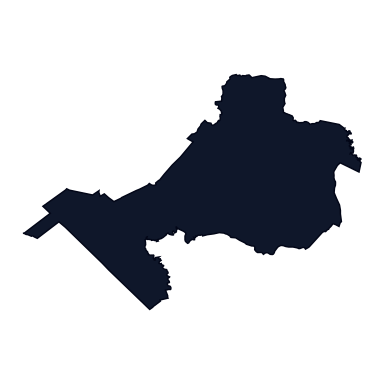 Calinesti-Oas, Satu Mare, Romania (Natural Earth projection)
{"feature_id": "2599482B93378437092703", "entity_name": "Calinesti-Oas", "entity_type": "district", "adm_level": 2, "iso_a3": "ROU", "parent_name": "Romania", "parent_adm1": "Satu Mare", "projection": "natural_earth1", "projection_center": [23.281, 47.91], "detail": "fine", "context": "isolated", "style": "filled", "palette": "ink", "viewbox_px": 384, "rotation_deg": 0, "n_neighbors": 0, "source": "geoboundaries", "source_scale": "gbopen_adm2", "svg_char_len": 6050}
<svg xmlns="http://www.w3.org/2000/svg" viewBox="0 0 384 384"><path d="M344.9,128.2L344.1,128.2L339.2,124.5L320.2,120.7L319.8,121.4L318.5,122.7L317.2,122.5L316.5,122.6L314.8,123.7L312.2,123.7L309.7,124.4L309.5,123.7L307.7,122.2L306.7,122.0L306.2,121.7L304.6,121.7L303.3,122.5L302.6,122.6L298.7,122.7L298.1,122.6L298.0,122.3L296.7,122.4L296.5,121.5L295.2,120.3L293.6,120.7L293.3,120.5L293.0,120.1L293.2,117.8L292.2,116.0L288.7,114.5L287.7,114.3L287.2,113.9L285.7,113.5L284.7,112.8L283.5,112.5L283.3,110.4L282.7,107.4L284.8,103.9L285.0,103.3L284.6,102.8L284.3,100.4L284.4,98.3L284.2,98.1L284.7,97.5L285.7,95.3L284.6,92.0L284.0,91.2L283.9,90.5L285.5,88.6L285.8,87.4L285.3,86.1L285.1,84.5L283.6,81.6L283.6,79.6L283.3,79.0L280.8,78.6L279.4,78.9L275.1,79.1L270.5,78.8L269.2,78.6L269.4,78.4L265.1,76.2L261.2,75.7L251.9,77.7L249.3,75.1L248.8,75.0L246.3,75.4L245.8,75.9L242.5,75.6L241.2,76.4L240.5,76.1L239.8,75.1L237.7,75.6L236.4,75.0L236.2,74.6L232.3,75.5L230.1,76.9L229.8,77.6L230.2,78.9L226.9,81.8L226.6,83.3L225.6,84.8L224.6,85.8L222.3,86.2L222.1,86.6L222.3,88.3L223.1,90.7L223.1,93.8L222.7,95.1L221.5,96.5L221.9,98.0L221.5,101.2L215.5,101.8L215.2,103.2L215.7,103.7L215.5,104.5L216.5,105.0L217.5,104.8L218.5,105.6L218.8,106.9L218.0,108.3L219.6,109.1L220.6,110.3L221.1,110.5L221.4,112.2L222.0,112.9L221.6,113.7L221.7,114.6L220.2,114.6L220.0,116.6L220.3,117.7L220.2,119.5L219.6,120.6L219.0,121.1L218.8,121.1L218.8,120.5L218.5,120.5L217.6,121.9L217.5,122.5L215.2,123.9L215.1,124.4L214.7,124.4L213.1,125.4L212.3,125.2L211.6,124.7L210.9,123.2L207.3,122.7L204.9,120.4L202.2,123.0L201.1,124.2L200.5,126.0L198.1,128.9L197.1,132.0L194.4,133.8L191.9,134.1L187.4,138.6L193.1,141.9L180.4,157.1L172.2,165.1L164.3,174.2L159.4,180.3L158.7,180.4L155.7,183.0L156.0,184.6L155.5,185.0L153.8,185.4L151.7,185.1L149.3,183.5L147.7,185.2L139.4,189.3L136.4,190.5L121.6,197.6L121.1,198.2L113.9,201.6L108.6,197.7L104.3,193.9L100.2,196.3L98.9,192.6L98.8,191.9L99.0,190.7L92.6,195.0L69.5,190.2L66.7,188.8L65.6,190.0L42.9,206.3L50.3,213.3L24.6,232.9L23.0,233.3L24.2,233.4L26.0,234.4L28.0,234.7L31.4,236.2L32.8,235.8L34.1,236.8L37.3,238.3L58.9,221.8L65.4,227.3L102.2,263.1L108.9,270.1L149.7,309.4L152.5,307.4L152.3,307.2L160.4,301.1L160.0,300.0L168.0,298.1L167.7,297.6L167.6,295.5L165.5,290.2L168.7,289.4L170.4,289.5L170.8,289.1L170.9,287.8L170.4,286.6L169.8,286.1L168.2,285.9L167.4,284.6L167.5,282.9L169.1,282.7L169.4,282.3L169.2,281.4L167.6,279.2L168.1,278.1L169.4,277.3L169.6,276.9L167.3,275.8L166.8,275.0L167.1,273.9L168.1,273.0L167.9,272.1L167.1,270.9L166.6,269.6L164.7,269.3L163.7,268.8L162.3,267.5L162.2,267.3L163.6,265.9L163.6,265.5L161.6,264.7L161.3,263.5L160.2,263.7L159.1,263.4L159.1,262.3L159.4,261.6L161.1,260.3L160.4,259.6L160.3,258.9L159.4,259.0L158.5,258.1L158.4,257.6L159.1,257.0L155.4,257.6L154.8,258.3L155.4,259.5L155.4,260.0L155.2,260.2L154.4,260.2L153.3,258.6L153.3,257.9L153.8,256.0L153.8,255.4L153.5,255.1L150.1,255.2L148.4,254.5L148.5,254.0L147.5,252.5L147.7,252.1L145.8,250.0L145.8,249.1L145.1,248.3L144.9,247.6L145.0,245.8L145.6,244.9L145.5,242.2L145.0,240.0L145.9,239.5L146.4,237.3L146.7,236.9L147.2,236.8L146.9,237.7L147.4,239.4L149.7,239.3L149.9,239.6L151.5,239.7L151.6,240.3L153.9,240.0L154.2,240.4L154.6,240.5L155.9,240.1L156.4,241.5L158.3,241.0L157.6,239.6L161.1,238.6L163.1,237.4L166.3,234.8L166.3,233.9L167.3,233.6L168.0,233.0L168.7,233.8L169.5,234.3L172.2,235.0L173.4,234.9L173.5,234.2L173.3,233.9L172.4,233.1L172.6,231.5L173.0,231.1L173.6,231.0L174.6,232.9L176.1,232.1L176.1,231.7L176.4,231.3L176.4,230.2L177.0,229.4L176.2,228.1L176.2,227.0L176.5,227.0L178.5,228.9L183.7,231.3L185.4,232.6L186.0,234.1L185.3,235.1L185.0,236.2L185.0,239.8L185.4,241.2L185.8,241.7L187.6,243.3L188.6,242.9L190.0,240.8L190.9,240.3L191.7,239.3L193.4,239.7L194.5,239.7L194.6,239.0L193.8,237.4L195.0,237.7L195.4,237.5L195.6,237.3L195.8,236.1L196.8,236.3L198.1,235.2L200.5,235.2L201.9,234.6L202.6,235.9L207.2,234.7L213.8,233.8L219.3,232.6L224.1,233.1L225.4,233.8L227.1,234.2L229.9,235.9L230.4,236.8L231.0,237.4L235.7,237.8L239.7,240.3L244.8,242.8L246.4,244.2L252.0,246.0L253.2,245.9L254.0,246.1L254.9,247.4L254.7,249.5L254.9,250.0L256.4,251.8L257.7,252.5L261.4,252.4L262.3,252.9L263.4,254.3L265.7,252.7L267.9,252.8L270.2,254.3L272.3,254.5L273.3,254.1L274.2,252.8L274.8,251.0L277.6,247.3L278.7,246.4L280.9,245.4L283.2,245.6L285.8,246.5L288.8,247.0L293.1,247.0L297.4,247.9L298.9,248.6L299.9,248.5L302.8,247.4L303.5,247.4L304.6,247.7L305.5,249.1L308.8,247.2L309.8,246.2L322.6,232.1L324.8,231.3L325.4,231.6L325.7,231.5L327.6,229.5L328.6,229.3L329.0,228.3L331.0,226.3L333.0,223.7L335.6,224.6L339.0,226.4L340.1,222.9L341.4,221.6L340.4,213.9L340.4,210.3L339.5,205.0L336.4,198.3L334.1,192.7L334.5,187.8L335.4,185.3L335.5,182.8L335.4,181.6L334.6,180.4L333.9,177.9L334.0,175.2L333.7,172.6L334.0,171.2L337.4,165.4L340.2,162.8L359.0,172.0L361.0,162.5L359.5,161.0L360.0,160.5L360.2,159.9L360.9,159.2L360.8,158.7L359.6,158.1L359.2,158.5L359.5,159.0L358.7,160.0L357.7,160.0L357.4,159.5L357.9,159.0L357.6,158.4L357.9,158.1L357.6,157.6L356.8,157.8L356.0,157.2L355.8,156.4L356.6,156.1L356.6,155.9L356.0,155.0L355.1,155.3L354.0,154.9L353.4,155.4L352.8,155.4L352.0,154.2L350.7,153.3L350.3,153.5L350.6,152.7L353.0,153.0L353.5,151.2L353.3,149.7L353.7,148.5L353.4,147.1L353.2,147.0L352.8,147.7L351.9,148.2L352.8,148.8L352.5,149.4L350.3,148.7L350.4,147.6L351.3,147.4L351.4,147.2L350.8,146.6L349.5,146.5L349.4,145.6L350.3,144.9L351.0,144.8L351.1,144.5L350.1,143.5L349.4,143.4L349.3,143.1L349.8,142.6L350.7,142.3L350.8,142.4L350.8,142.8L351.1,143.0L352.4,142.8L352.8,142.0L352.5,141.7L351.5,141.9L351.3,141.5L351.3,140.9L352.0,140.6L352.0,140.0L351.0,140.4L350.4,141.0L349.4,141.3L348.4,141.3L347.8,140.6L346.7,140.8L346.7,140.3L349.0,140.1L349.7,139.7L348.4,138.4L348.2,137.8L347.1,137.4L346.8,136.3L347.9,135.4L347.6,134.9L347.7,134.7L348.8,134.3L349.2,133.7L349.8,133.6L351.1,134.0L351.4,134.3L351.3,134.0L350.9,132.9L350.5,132.9L349.7,130.9L348.5,131.0L348.0,131.7L347.5,131.9L346.4,131.3L346.3,130.6L345.6,130.4L344.3,129.3L344.9,128.2Z" fill="#0f172a" stroke="#020617" stroke-width="1.5"/></svg>